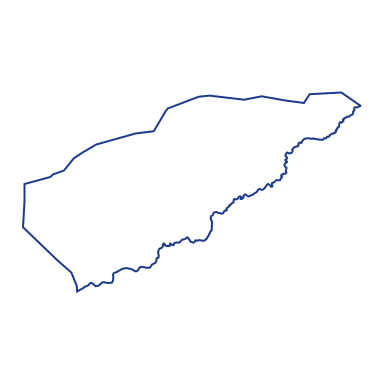 outline of Cagaannuur, Selenge, Mongolia
{"feature_id": "93677404B10404624632937", "entity_name": "Cagaannuur", "entity_type": "district", "adm_level": 2, "iso_a3": "MNG", "parent_name": "Mongolia", "parent_adm1": "Selenge", "projection": "mercator", "projection_center": [105.5, 49.984], "detail": "fine", "context": "isolated", "style": "outline", "palette": "blue", "viewbox_px": 384, "rotation_deg": 0, "n_neighbors": 0, "source": "geoboundaries", "source_scale": "gbopen_adm2", "svg_char_len": 6042}
<svg xmlns="http://www.w3.org/2000/svg" viewBox="0 0 384 384"><path d="M99.7,284.8L100.4,283.8L101.6,283.3L102.2,282.5L103.2,282.2L104.0,282.2L106.1,282.8L106.6,282.7L108.1,283.0L111.8,282.7L112.2,282.1L112.3,281.7L112.9,280.9L112.9,280.4L113.1,279.9L113.2,279.2L113.3,276.8L113.0,275.6L113.0,274.8L113.4,273.8L113.9,273.1L114.7,272.6L116.2,272.3L117.1,271.9L117.6,271.4L118.9,270.7L119.8,270.3L121.6,269.2L122.6,268.8L124.1,268.6L125.0,268.2L127.5,268.1L128.9,268.7L130.1,268.8L132.5,269.5L134.3,270.8L135.7,271.4L136.5,271.3L137.9,270.3L138.5,269.2L139.3,267.9L140.1,267.6L140.5,267.1L140.8,266.8L141.6,267.0L142.7,266.8L143.2,267.1L143.6,267.2L144.7,267.2L145.4,267.4L146.1,267.8L146.7,267.8L147.7,267.6L148.9,267.8L150.0,267.6L152.1,264.5L154.3,263.4L155.1,262.9L155.9,262.2L156.3,261.3L156.4,259.1L156.4,258.9L157.4,257.9L158.2,257.9L158.5,257.5L158.4,256.9L158.8,255.6L158.5,254.7L158.1,253.1L158.1,252.4L158.5,251.4L158.7,249.7L159.3,248.8L159.6,248.6L161.1,248.2L161.2,247.9L162.2,247.3L162.7,246.6L162.9,246.1L162.9,245.7L162.7,244.7L163.0,244.1L163.7,243.6L164.2,243.6L164.5,243.8L164.7,244.1L164.9,245.0L166.1,246.0L167.4,246.0L168.0,245.7L168.4,246.0L168.7,246.1L170.0,245.6L170.1,245.3L170.2,244.7L170.0,243.9L170.2,243.6L170.4,243.6L170.6,243.6L170.9,243.9L171.2,244.2L171.4,244.8L173.3,245.2L173.6,244.9L174.2,243.3L174.5,242.9L176.7,242.5L178.3,242.7L179.2,242.6L180.3,241.5L181.0,241.1L181.9,239.8L182.2,239.6L183.2,239.4L183.6,239.5L184.0,239.4L185.4,238.8L185.7,238.5L186.3,238.3L186.8,237.4L187.1,237.3L187.4,237.3L187.7,237.8L188.5,238.2L188.6,238.8L188.9,239.2L189.6,239.8L189.7,240.1L189.9,241.0L190.3,241.5L191.0,241.7L191.5,242.1L193.4,242.6L193.7,242.6L194.4,241.8L194.8,241.6L195.2,240.6L195.6,240.3L196.0,240.3L196.2,240.6L197.4,240.7L198.0,240.6L198.8,240.1L199.1,240.1L201.3,240.4L202.2,240.8L203.3,240.7L204.0,240.5L204.6,240.6L204.8,240.5L205.4,239.6L206.8,238.6L207.2,237.5L207.4,237.2L207.8,236.6L208.4,236.3L208.6,235.8L209.0,234.2L209.8,233.3L209.9,232.6L210.3,231.6L211.5,230.6L211.5,230.0L211.7,229.0L211.6,228.6L211.7,227.6L211.8,227.1L211.9,225.7L212.0,225.4L211.9,224.7L211.9,223.6L212.1,222.1L212.1,221.3L211.1,220.2L210.9,219.2L210.9,218.8L210.7,218.4L210.6,217.5L211.0,216.8L211.4,215.9L212.1,215.7L212.7,215.3L213.1,214.5L213.5,213.3L214.3,212.4L216.3,212.0L217.0,212.3L217.3,212.6L220.9,213.4L221.9,213.7L222.7,213.5L223.2,213.1L224.6,210.7L225.0,210.6L226.1,210.6L226.7,210.1L226.9,209.8L226.8,209.5L226.5,208.8L226.5,208.3L227.2,208.0L227.6,207.5L228.1,207.3L229.0,206.4L229.2,205.3L229.6,205.2L230.3,205.3L230.6,204.5L231.6,203.6L232.4,202.9L233.2,202.6L233.4,202.4L233.6,202.2L233.6,201.5L233.6,200.0L234.5,198.9L235.8,199.4L236.6,199.3L237.9,198.6L238.0,198.5L238.0,198.3L238.8,197.0L239.1,196.7L239.8,196.4L240.7,196.5L241.2,196.9L241.3,197.1L241.2,197.4L241.1,197.6L240.7,198.5L240.7,199.0L241.1,199.1L242.2,198.7L243.2,197.9L243.5,197.4L243.7,195.5L244.4,194.7L244.8,194.5L245.3,194.4L246.0,194.7L248.1,196.4L248.6,196.5L249.5,195.9L252.2,195.0L252.6,194.8L253.9,193.8L256.6,192.1L257.2,191.3L258.4,189.4L258.8,189.2L259.8,189.0L260.9,189.4L261.4,189.8L262.2,189.9L263.7,189.1L264.0,188.8L264.3,188.3L265.5,187.0L265.7,186.3L266.4,185.6L266.9,184.8L267.5,184.3L268.0,184.1L268.5,184.1L269.9,185.3L270.5,186.1L271.2,186.7L271.8,186.8L272.4,186.1L272.4,185.7L271.9,184.4L271.9,183.7L271.9,183.3L272.1,183.0L272.4,182.7L273.8,182.5L274.3,182.2L274.7,181.8L275.7,180.5L276.5,180.2L279.9,180.3L280.3,179.3L281.3,178.1L282.0,177.2L281.9,176.9L281.8,176.5L281.5,176.6L281.2,176.3L281.2,175.5L281.4,175.0L281.8,174.7L283.0,174.3L283.2,173.9L283.4,173.7L285.6,173.7L286.5,172.5L286.5,172.3L285.9,171.5L285.8,170.8L285.9,170.1L286.3,168.8L286.5,167.7L286.2,167.4L285.0,166.6L284.5,165.5L284.4,165.0L284.5,164.7L284.9,164.1L285.1,163.4L285.3,163.1L285.7,162.8L286.6,162.4L286.9,162.3L287.0,162.0L287.0,161.6L286.6,161.2L285.7,160.8L285.7,160.1L285.4,159.9L286.7,158.8L287.0,158.4L286.8,157.4L285.5,155.8L285.4,155.2L285.6,154.5L286.7,152.8L287.3,152.5L287.6,152.6L288.5,153.2L289.0,153.2L289.5,153.5L291.3,153.0L291.6,152.8L292.5,151.4L292.6,151.0L292.6,150.7L292.3,150.0L292.3,149.3L292.6,148.9L293.1,148.7L294.3,147.2L295.1,146.9L295.5,146.9L297.1,146.3L298.0,146.2L298.4,145.6L298.6,144.8L298.3,144.4L298.3,143.9L298.8,143.1L300.1,142.4L300.4,142.5L300.8,142.9L301.1,143.0L301.5,142.8L301.7,142.5L302.2,141.2L302.8,140.3L303.1,140.2L303.8,139.4L304.5,138.9L305.1,138.6L305.8,138.5L309.0,138.2L309.9,138.7L310.7,138.6L311.7,138.8L313.7,138.4L314.4,139.0L315.2,138.9L316.5,139.2L317.2,139.2L317.8,139.4L319.7,139.7L321.1,139.6L322.2,139.9L323.6,139.1L324.0,138.4L324.3,138.2L326.0,138.3L326.2,138.1L326.7,137.1L327.3,136.7L327.9,136.7L328.1,136.9L328.6,136.7L329.5,135.9L329.6,135.5L329.8,135.3L330.6,134.6L331.6,134.0L331.9,133.7L332.3,133.6L333.1,133.7L333.8,133.1L334.4,133.1L335.1,132.8L335.7,132.2L335.5,131.5L335.6,131.2L335.9,131.1L335.8,130.7L335.8,130.3L336.1,130.0L336.5,130.0L336.7,129.1L337.4,128.7L337.6,127.7L337.8,127.2L338.7,127.0L339.2,126.4L339.2,124.1L339.5,123.1L340.0,122.4L340.3,122.2L340.9,122.1L341.6,122.6L342.6,121.6L343.4,121.3L343.4,120.9L343.0,120.1L343.0,119.4L343.2,119.2L344.1,118.9L344.4,118.1L345.0,117.8L345.9,117.8L346.2,117.6L346.8,116.8L347.2,116.6L348.3,116.8L348.8,116.6L349.4,116.3L349.7,115.9L351.2,114.9L352.2,114.7L352.4,114.6L353.2,113.2L353.1,112.1L353.1,111.5L353.4,111.1L354.0,110.9L354.3,110.5L354.4,109.8L354.1,108.7L354.2,108.1L354.6,107.4L355.5,107.2L357.2,107.5L357.9,107.1L358.8,106.2L359.3,106.3L359.5,105.9L361.0,106.1L341.3,92.5L309.7,94.2L303.9,103.0L286.0,100.6L261.7,96.3L244.2,99.7L209.4,95.6L198.5,96.8L167.7,108.5L165.6,111.3L153.8,131.2L135.5,133.5L96.3,144.5L83.1,152.2L73.7,158.4L64.0,170.5L53.1,174.4L50.3,177.0L24.5,184.0L24.5,201.8L23.0,227.2L57.5,260.4L71.3,272.5L76.8,286.0L77.2,291.5L79.6,290.0L81.7,289.0L83.4,287.9L85.5,286.4L86.6,286.2L88.1,285.3L88.5,285.2L89.2,284.1L90.1,283.3L90.7,282.9L91.4,283.0L92.8,283.6L95.0,285.8L95.6,286.2L97.7,285.9L98.4,285.7L99.7,284.8Z" fill="none" stroke="#1e3a8a" stroke-width="2"/></svg>